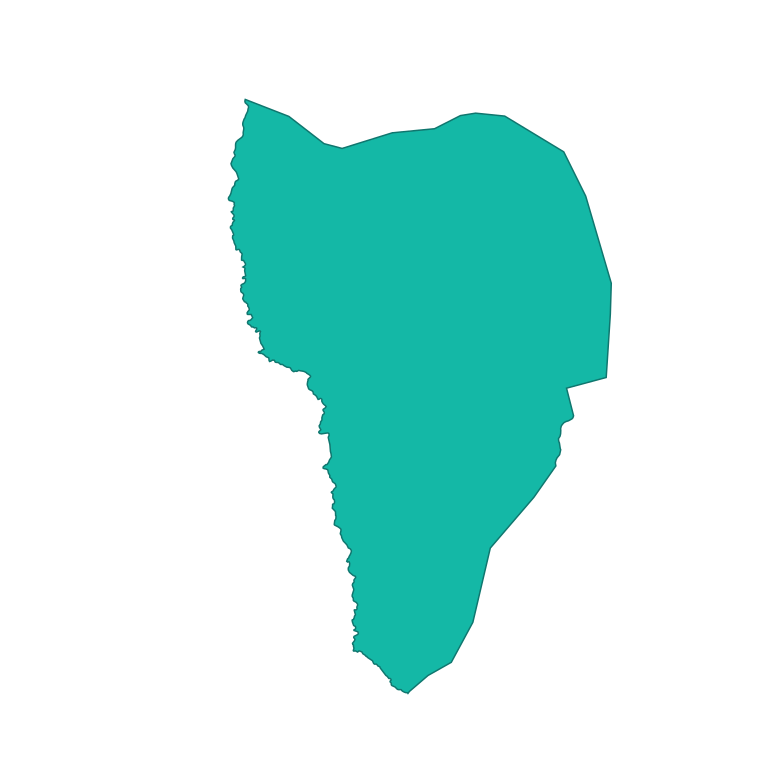 outline of Bayannuur, Bayan-Ölgiy, Mongolia, rotated 196°
{"feature_id": "93677404B56140386590305", "entity_name": "Bayannuur", "entity_type": "district", "adm_level": 2, "iso_a3": "MNG", "parent_name": "Mongolia", "parent_adm1": "Bayan-Ölgiy", "projection": "mercator", "projection_center": [91.081, 48.956], "detail": "fine", "context": "isolated", "style": "filled", "palette": "teal", "viewbox_px": 768, "rotation_deg": 196, "n_neighbors": 0, "source": "geoboundaries", "source_scale": "gbopen_adm2", "svg_char_len": 6156}
<svg xmlns="http://www.w3.org/2000/svg" viewBox="0 0 768 768"><g transform="rotate(196 384 384)"><path d="M275.2,656.7L341.8,674.8L370.6,669.6L384.5,663.1L405.8,643.3L445.2,627.8L489.2,598.9L507.9,598.5L549.2,615.0L595.8,619.3L595.8,618.4L595.6,617.3L594.9,616.1L591.1,614.1L590.4,612.4L590.5,611.0L590.2,608.6L591.0,604.0L591.0,601.7L591.5,600.1L591.7,596.7L591.5,595.1L591.1,594.0L589.6,592.0L589.1,590.6L588.7,586.9L588.0,584.8L588.0,583.8L588.6,582.0L591.6,578.1L592.7,576.0L592.9,574.5L592.6,572.9L591.8,570.2L591.6,568.5L592.1,565.4L591.1,563.8L590.3,563.2L590.1,562.3L590.2,561.3L590.8,560.2L591.4,558.8L591.8,553.6L590.8,552.0L588.8,549.9L584.7,547.3L583.4,545.8L580.2,541.1L580.8,539.6L582.3,538.2L582.7,537.2L582.6,534.9L582.3,534.2L582.4,533.3L582.9,532.8L583.8,530.7L583.9,529.9L583.7,525.0L584.1,522.4L584.7,520.8L584.8,519.8L584.5,518.9L583.4,517.8L580.0,517.9L577.9,517.2L577.6,515.4L576.8,514.2L577.4,511.6L577.1,510.4L576.9,510.0L576.8,508.7L577.0,508.4L578.3,507.6L578.2,507.3L575.1,505.3L574.6,504.8L574.3,503.5L575.0,502.0L575.0,501.1L574.6,500.5L573.4,500.6L572.8,500.0L573.8,497.8L573.9,496.0L573.6,494.8L574.9,493.2L574.8,492.3L574.6,491.6L572.8,490.2L570.0,486.7L569.6,485.7L570.3,484.8L570.0,483.1L569.7,482.3L567.8,480.2L566.9,478.4L564.5,475.7L563.4,472.4L562.9,472.2L560.7,473.4L560.2,473.4L559.8,473.1L558.6,471.4L557.0,470.6L556.2,469.8L555.9,466.9L555.1,463.9L554.5,463.7L553.1,464.1L550.4,461.5L550.1,460.9L550.1,460.0L550.8,458.7L551.8,457.6L549.8,457.2L549.4,456.7L549.3,455.0L549.1,454.3L546.8,449.9L547.2,449.1L548.8,448.2L549.2,447.2L549.2,446.8L548.6,446.4L546.8,447.2L546.0,447.0L545.4,444.7L545.8,442.9L546.7,441.7L547.8,440.9L548.7,439.5L548.5,439.0L547.5,437.9L548.0,436.2L547.9,435.6L547.3,433.9L546.7,433.1L544.4,432.2L543.4,431.0L543.3,430.4L543.4,427.3L543.0,426.6L540.8,424.6L539.4,424.6L538.7,423.9L537.4,423.5L536.9,423.0L536.4,421.3L535.3,420.5L534.2,419.0L534.0,418.1L534.9,415.9L535.2,414.6L534.6,413.4L534.2,413.3L530.8,414.2L528.6,411.7L528.6,411.3L529.6,409.1L530.2,408.3L531.6,407.7L532.1,406.9L532.2,406.1L532.1,405.2L531.3,404.3L528.5,403.6L527.1,402.4L525.3,402.7L524.1,402.2L522.6,402.8L521.8,402.6L521.6,402.1L521.5,401.4L522.0,399.3L521.6,398.8L520.8,398.8L518.8,400.5L517.8,400.8L517.2,400.5L517.3,398.3L516.3,395.9L516.4,393.9L513.5,389.1L511.2,387.2L508.8,384.5L511.0,382.6L511.0,382.2L511.7,381.0L512.7,381.0L513.3,380.6L513.6,379.9L513.3,379.5L512.0,379.2L510.0,379.7L507.7,379.2L504.7,377.7L502.1,377.4L501.7,376.8L500.9,374.8L500.2,374.1L499.2,374.7L497.8,376.2L496.1,376.6L495.6,376.3L494.8,375.2L494.0,375.0L491.4,375.5L488.9,374.3L486.9,374.8L484.9,374.0L482.0,373.4L479.8,373.8L478.5,373.7L476.4,371.7L474.6,371.0L474.1,371.0L472.7,372.0L471.3,372.1L469.7,373.6L467.3,373.7L466.4,373.9L464.2,374.0L462.0,373.6L461.3,373.1L457.9,372.1L456.7,371.3L456.7,370.4L458.2,367.9L458.3,367.2L457.9,366.5L458.1,365.7L457.8,363.1L457.5,362.0L455.1,358.6L454.1,358.1L451.5,357.7L450.7,357.3L450.1,356.9L449.1,355.0L446.7,354.3L445.3,353.4L443.1,351.0L442.4,351.3L441.2,352.6L440.3,352.6L439.6,352.2L439.3,351.6L439.2,350.6L438.8,350.0L437.9,349.0L436.4,347.9L434.1,346.9L433.4,346.3L433.9,344.8L435.4,343.0L435.5,342.4L435.1,341.6L433.8,340.6L433.4,339.8L433.3,339.0L434.4,337.4L434.4,334.4L433.9,332.9L433.8,332.1L434.5,330.1L434.2,328.1L434.8,325.9L434.2,324.7L432.2,322.8L432.2,322.2L433.4,320.4L433.4,319.6L432.9,319.1L432.1,318.7L430.4,318.8L424.8,321.4L423.8,321.4L423.1,320.9L422.6,319.3L422.9,317.9L422.8,317.1L419.3,310.8L416.9,304.4L415.6,302.2L414.4,299.3L415.5,295.7L415.6,293.8L416.3,291.4L416.5,290.9L417.6,290.5L419.3,288.1L419.6,287.5L419.4,286.4L418.3,286.1L416.5,286.3L414.7,286.1L414.2,285.7L412.9,283.1L410.9,281.2L410.4,279.4L408.1,278.2L406.8,276.2L406.2,275.7L403.4,274.7L401.9,272.7L401.7,271.8L403.2,268.9L403.4,267.3L404.7,265.8L404.7,265.2L402.7,264.2L402.1,261.4L401.7,260.4L400.8,259.4L400.0,259.2L399.0,257.2L398.9,255.8L399.1,255.1L400.1,254.4L400.2,253.9L399.8,252.6L399.5,250.4L395.5,248.0L394.2,244.1L393.7,243.9L393.1,241.2L393.7,239.1L393.2,235.7L393.0,235.1L392.6,234.8L389.0,234.1L386.9,233.4L385.5,232.6L385.1,231.9L384.9,230.6L384.8,228.3L384.5,227.7L383.0,226.3L382.3,224.7L379.8,221.8L375.4,219.2L373.1,216.6L370.9,216.2L369.6,215.0L369.3,214.5L369.2,212.5L369.5,210.5L370.0,208.6L370.0,207.2L370.8,205.9L371.0,203.3L370.0,202.8L369.0,203.4L368.5,203.4L367.9,202.7L367.5,202.0L367.0,199.3L367.6,197.9L367.5,196.7L367.0,195.3L365.2,193.4L360.9,191.5L358.4,191.2L357.9,190.0L358.8,187.7L358.8,187.0L358.2,185.6L358.5,184.6L359.0,183.7L359.1,182.5L358.9,181.7L356.6,178.5L356.3,177.6L356.4,172.3L356.0,171.0L354.5,169.6L353.8,167.5L353.3,167.1L350.4,166.4L348.8,165.2L348.4,164.2L348.6,162.3L348.5,161.7L348.0,160.8L348.0,160.1L348.6,159.2L350.2,158.7L350.2,158.2L347.9,154.4L347.9,153.9L348.4,152.7L348.2,150.8L348.4,150.4L348.4,149.3L349.5,148.5L349.5,148.0L348.8,146.6L346.6,143.5L344.6,143.0L344.1,142.0L343.9,140.9L344.0,140.5L345.1,139.4L344.9,138.8L340.9,138.6L340.0,137.4L340.0,136.6L340.3,135.9L343.2,133.2L343.3,132.2L343.1,131.8L341.7,130.8L341.5,130.4L341.7,128.8L342.8,126.1L342.2,125.0L341.6,124.8L341.3,124.5L341.2,123.7L340.2,122.0L340.0,121.2L340.1,119.5L339.9,119.1L339.3,118.9L338.0,119.6L335.7,119.1L335.4,119.1L334.7,120.3L334.2,120.6L331.5,120.4L330.0,118.9L327.4,118.1L326.2,117.3L325.5,117.4L324.6,116.6L318.8,114.8L316.9,112.5L316.0,112.1L314.1,112.6L313.4,112.3L312.2,111.3L310.1,111.0L309.1,109.8L301.9,104.4L300.4,103.9L298.2,102.3L296.8,102.6L296.4,102.4L295.7,101.8L295.6,101.4L295.7,100.9L296.1,100.4L296.1,99.4L295.1,98.9L294.4,98.0L294.1,96.9L293.3,96.3L289.9,95.8L287.0,94.2L285.9,94.2L283.3,94.9L281.8,93.9L279.6,93.4L278.2,93.3L276.3,93.7L275.7,93.2L274.8,95.5L261.3,116.0L242.6,135.0L232.9,179.4L236.6,255.6L208.7,316.4L196.2,352.6L197.6,355.5L197.7,358.2L197.3,360.7L195.7,364.5L196.0,369.5L196.8,370.6L199.1,375.6L200.3,377.2L201.2,379.5L200.4,382.3L200.5,384.8L201.3,388.2L201.9,389.7L202.0,392.4L201.5,394.1L200.4,396.4L198.8,398.0L196.5,399.5L193.7,402.3L193.1,403.6L193.0,405.7L207.4,430.3L172.2,451.5L185.7,513.6L193.3,543.5L241.9,620.2L275.2,656.7Z" fill="#14b8a6" stroke="#0f766e" stroke-width="1.5"/></g></svg>